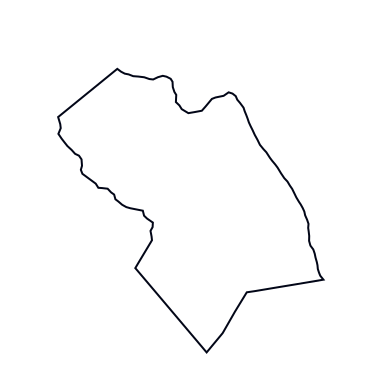 outline of São José da Lagoa Tapada, Paraíba, Brazil, rotated 238°
{"feature_id": "56859067B38377179497869", "entity_name": "São José da Lagoa Tapada", "entity_type": "district", "adm_level": 2, "iso_a3": "BRA", "parent_name": "Brazil", "parent_adm1": "Paraíba", "projection": "robinson", "projection_center": [-38.124, -6.942], "detail": "fine", "context": "isolated", "style": "outline", "palette": "ink", "viewbox_px": 384, "rotation_deg": 238, "n_neighbors": 0, "source": "geoboundaries", "source_scale": "gbopen_adm2", "svg_char_len": 1633}
<svg xmlns="http://www.w3.org/2000/svg" viewBox="0 0 384 384"><g transform="rotate(238 192 192)"><path d="M242.3,279.9L246.3,279.3L250.1,279.9L254.0,278.5L257.1,275.9L256.8,269.8L259.7,262.0L260.4,258.2L257.3,248.8L255.7,243.4L258.5,236.3L260.8,230.7L267.7,227.2L272.1,227.2L276.8,226.0L282.7,230.1L286.2,230.1L291.1,231.3L295.8,233.9L299.3,233.9L303.3,231.5L306.0,228.8L307.4,224.0L308.0,218.7L310.4,215.7L314.6,212.3L318.4,207.6L321.4,203.5L325.3,200.6L328.0,197.7L331.6,195.6L336.0,193.9L326.5,118.2L322.9,117.2L319.3,116.2L315.7,114.5L312.1,109.5L306.3,109.7L301.4,110.2L296.9,110.7L291.5,112.2L286.3,113.1L282.7,115.4L278.2,115.6L272.5,112.6L269.7,109.5L265.5,108.7L255.9,112.5L250.1,114.8L245.2,114.8L243.0,117.8L239.5,122.2L234.5,123.2L231.1,124.6L226.4,123.2L223.0,124.5L218.2,126.0L214.0,128.3L210.9,131.1L206.3,136.0L202.2,140.4L197.3,138.8L193.3,139.8L186.8,142.6L183.1,140.0L181.0,136.2L175.6,134.1L172.3,132.5L160.2,108.8L157.5,103.6L128.0,107.9L48.2,119.4L56.1,143.3L67.8,165.1L77.9,185.3L74.5,193.1L71.8,199.6L65.8,214.1L59.2,229.9L48.0,257.0L53.1,256.4L56.4,257.0L60.0,257.9L63.4,259.6L66.4,260.7L70.9,262.0L74.7,263.4L79.0,264.4L83.8,264.0L88.5,265.4L92.6,268.1L96.8,270.1L100.0,271.5L103.2,273.9L107.4,274.9L112.3,275.6L115.9,276.9L119.8,277.4L123.8,277.6L127.0,277.5L132.1,277.6L136.7,278.1L141.6,278.6L145.5,278.4L150.3,278.5L154.8,277.6L160.6,277.4L167.2,277.5L171.0,277.2L176.1,276.5L179.7,276.2L186.3,276.1L190.5,275.3L196.0,274.6L201.6,275.2L207.2,275.5L212.6,276.2L216.8,276.6L220.8,277.1L225.0,278.1L228.5,278.8L232.6,279.5L236.2,280.4L242.3,279.9Z" fill="none" stroke="#020617" stroke-width="2"/></g></svg>